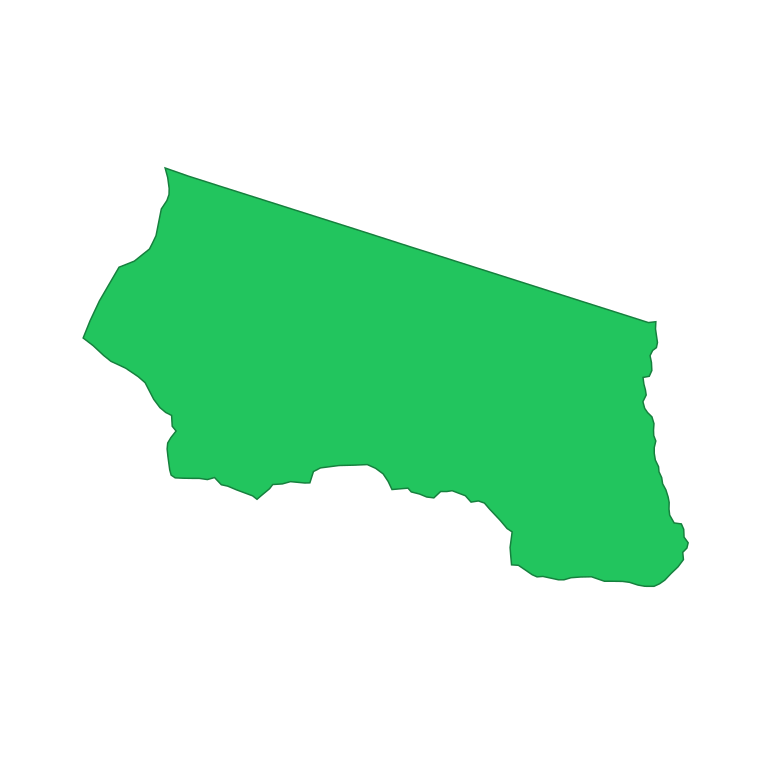 the district of Delmiro Gouveia, Alagoas, Brazil, rotated 345°
{"feature_id": "56859067B13421940338218", "entity_name": "Delmiro Gouveia", "entity_type": "district", "adm_level": 2, "iso_a3": "BRA", "parent_name": "Brazil", "parent_adm1": "Alagoas", "projection": "natural_earth1", "projection_center": [-38.034, -9.399], "detail": "fine", "context": "isolated", "style": "filled", "palette": "green", "viewbox_px": 768, "rotation_deg": 345, "n_neighbors": 0, "source": "geoboundaries", "source_scale": "gbopen_adm2", "svg_char_len": 1947}
<svg xmlns="http://www.w3.org/2000/svg" viewBox="0 0 768 768"><g transform="rotate(345 384 384)"><path d="M105.3,261.7L113.0,271.7L120.6,283.9L126.1,291.4L138.5,301.8L148.5,313.3L153.6,320.9L157.6,339.2L161.5,348.9L165.8,355.0L170.7,359.4L168.5,370.0L171.0,375.6L164.3,380.6L159.8,385.0L157.7,390.6L156.5,398.3L154.8,411.4L154.8,416.9L158.0,420.6L165.9,423.1L174.3,425.5L181.0,427.3L188.7,430.6L196.1,430.5L200.8,439.2L206.6,442.2L214.2,448.1L228.1,458.0L231.5,462.5L236.0,460.3L246.4,455.5L250.5,452.3L260.0,454.2L268.4,454.1L281.8,459.1L286.8,460.3L293.2,450.3L300.9,448.6L319.5,451.1L334.8,454.8L347.0,457.5L354.1,463.3L359.9,470.6L362.8,479.2L364.4,488.0L380.2,490.8L382.4,495.3L389.9,499.5L396.0,504.2L402.7,506.9L410.9,502.5L416.7,504.1L422.2,504.7L433.7,513.0L437.5,520.6L444.9,521.4L450.2,525.0L453.6,532.1L461.1,546.1L465.5,555.5L469.5,560.0L463.5,574.5L462.1,581.9L460.4,591.7L466.9,593.9L477.8,606.6L481.9,609.9L487.7,611.0L501.9,618.3L507.2,619.7L514.4,619.5L523.9,621.3L534.5,623.9L545.9,631.6L552.4,633.3L563.3,636.4L569.8,639.1L577.2,643.9L583.6,646.9L592.5,649.3L598.4,648.3L604.5,646.1L612.3,641.3L620.7,636.7L627.8,631.1L629.0,623.9L634.1,620.9L636.7,616.1L634.2,609.6L635.9,601.9L635.0,596.1L628.3,593.3L626.0,584.6L626.9,578.6L628.8,572.2L629.2,566.7L628.9,559.2L627.3,552.5L628.0,546.3L626.9,540.0L627.8,535.0L626.4,527.7L627.1,520.9L628.6,515.3L631.8,509.4L631.2,503.6L632.4,498.3L634.5,492.2L634.3,485.1L631.2,479.8L629.5,475.0L629.5,468.1L634.4,462.5L635.0,457.3L635.0,451.4L635.9,444.7L642.2,445.2L646.2,440.3L647.9,432.5L648.3,425.5L652.2,421.1L656.5,419.4L658.9,414.7L659.6,408.6L660.5,401.1L662.7,394.2L655.3,393.1L567.6,336.9L466.4,272.0L444.6,258.1L399.3,228.9L275.5,149.7L248.4,132.3L228.5,118.7L228.5,128.7L227.1,139.5L225.4,145.3L221.8,150.6L214.2,157.3L202.2,181.7L197.0,187.8L192.4,192.9L174.6,200.7L158.3,202.6L130.6,230.1L116.5,246.8L105.3,261.7Z" fill="#22c55e" stroke="#15803d" stroke-width="1.5"/></g></svg>